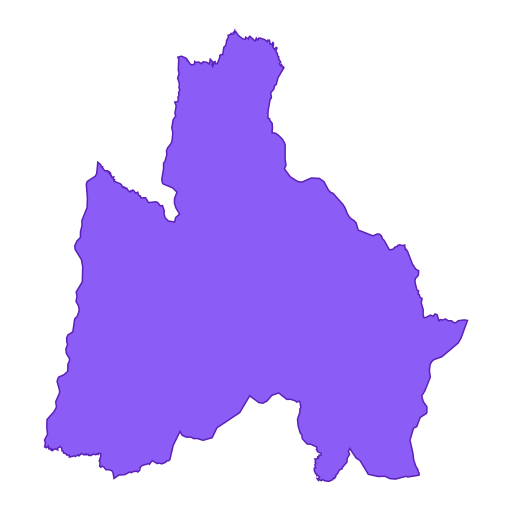 outline of Mansa, Luapula, Zambia
{"feature_id": "96606910B48291631033153", "entity_name": "Mansa", "entity_type": "district", "adm_level": 2, "iso_a3": "ZMB", "parent_name": "Zambia", "parent_adm1": "Luapula", "projection": "equal_earth", "projection_center": [28.97, -11.124], "detail": "fine", "context": "isolated", "style": "filled", "palette": "violet", "viewbox_px": 512, "rotation_deg": 0, "n_neighbors": 0, "source": "geoboundaries", "source_scale": "gbopen_adm2", "svg_char_len": 5936}
<svg xmlns="http://www.w3.org/2000/svg" viewBox="0 0 512 512"><path d="M203.1,440.3L212.2,437.7L216.9,427.8L239.7,412.6L249.7,395.8L258.9,402.6L262.9,403.2L267.0,401.0L271.8,395.4L278.7,392.9L286.8,399.4L290.7,399.3L295.4,400.9L296.7,402.1L299.2,401.2L300.1,402.5L300.8,407.5L299.8,409.3L299.9,412.1L297.5,419.3L298.1,425.7L300.2,433.0L301.9,435.0L302.2,438.6L307.3,444.1L310.6,444.2L316.7,447.0L317.0,448.9L316.4,449.7L317.2,450.1L317.4,451.6L321.3,453.4L321.0,455.4L319.1,455.1L319.1,456.1L317.9,456.7L318.3,457.7L317.6,457.5L317.6,458.6L314.8,459.1L315.5,460.0L315.2,462.6L315.9,463.2L314.8,464.9L315.7,467.5L314.2,468.2L314.4,471.0L315.9,474.0L316.6,474.0L316.9,475.7L317.7,475.3L319.5,476.9L318.7,478.5L317.0,478.5L318.5,480.5L319.3,479.5L321.3,480.7L322.7,479.6L325.0,480.9L329.1,481.3L332.8,479.6L333.3,478.1L334.5,478.5L335.9,476.3L335.7,475.3L337.4,473.7L339.3,470.1L341.9,468.9L342.7,467.0L346.9,462.2L347.2,458.2L349.6,454.2L348.4,451.5L349.8,448.5L356.1,458.0L360.0,460.5L368.3,474.3L378.3,476.5L385.0,476.3L389.9,478.6L395.4,479.1L406.1,476.3L407.8,477.0L419.0,475.2L419.2,473.2L418.2,472.0L417.9,469.7L415.8,466.2L413.7,459.9L413.0,453.8L410.0,440.1L413.5,428.2L416.7,426.7L420.2,417.4L426.3,413.5L426.9,412.2L426.9,406.8L423.2,401.5L421.7,395.8L424.8,391.0L430.3,377.1L429.4,370.4L430.1,364.7L431.6,361.7L434.0,359.6L441.8,356.8L458.2,343.0L461.1,337.9L467.5,320.4L464.1,319.9L458.2,320.7L456.3,322.4L454.2,322.9L451.6,320.8L448.2,320.7L445.4,318.9L443.1,320.0L440.2,319.6L438.9,320.9L437.1,314.7L435.0,313.9L433.1,316.3L430.5,315.1L425.4,317.7L423.9,317.6L423.1,314.6L423.2,309.7L421.2,302.8L422.1,298.5L420.0,297.3L419.3,294.7L418.2,294.0L418.6,290.9L416.9,290.0L414.9,281.8L415.3,278.7L418.3,275.3L418.7,270.8L415.6,269.0L412.3,263.8L407.4,251.0L406.5,250.4L406.4,249.4L405.2,249.3L404.7,245.0L403.1,245.6L399.4,244.8L397.6,245.5L397.2,246.5L394.7,247.2L393.5,249.0L390.0,249.9L389.1,249.3L384.1,240.3L382.6,239.0L381.4,235.8L379.5,234.2L377.6,233.9L372.9,235.8L358.1,230.0L356.2,223.0L354.0,220.6L350.2,218.1L347.3,213.7L345.2,208.1L342.9,204.4L332.9,193.2L330.9,192.6L328.4,190.0L324.0,181.7L319.4,178.4L311.2,178.0L302.0,182.1L297.7,181.5L290.4,176.9L284.4,168.9L286.0,165.2L285.1,159.2L285.2,145.3L284.7,143.3L282.5,139.3L278.3,135.2L275.7,133.3L272.0,132.7L272.5,127.8L272.1,123.2L269.9,120.4L269.6,118.8L268.2,118.4L267.9,115.9L268.1,110.7L270.1,99.4L271.2,98.3L271.4,97.0L270.7,92.8L273.8,89.1L274.6,85.8L276.2,84.5L278.0,77.7L283.8,67.9L283.6,67.0L282.9,67.5L281.5,64.6L280.7,65.7L279.4,63.8L280.7,62.1L278.5,58.5L278.9,57.1L277.5,55.6L277.4,53.2L276.1,52.3L276.0,50.7L277.0,48.0L276.1,47.4L274.4,49.4L272.3,46.0L273.0,44.4L273.4,44.9L273.5,43.1L272.9,42.5L272.0,44.0L270.1,44.0L269.5,40.2L267.8,40.1L267.2,41.7L264.9,39.7L260.2,38.1L258.8,38.1L257.8,40.0L256.3,38.1L255.4,40.7L254.7,40.7L249.9,36.2L248.9,37.2L248.5,39.0L245.6,37.2L245.2,39.3L242.8,38.9L238.2,35.3L235.8,31.6L234.8,31.9L234.7,30.7L234.0,32.0L234.4,32.5L233.3,32.6L233.8,33.8L231.6,34.2L230.9,32.9L230.9,34.4L228.0,35.3L228.5,37.1L226.5,40.6L226.3,43.5L225.3,45.9L223.8,47.3L222.7,54.7L220.7,54.6L219.8,55.5L219.6,58.0L217.2,63.6L215.8,63.9L215.0,61.5L214.3,61.8L212.7,66.4L211.9,65.1L212.7,63.8L212.6,61.7L210.3,59.2L209.3,64.0L206.9,62.3L203.1,61.8L201.3,63.7L198.8,62.0L195.8,62.4L194.7,61.5L194.3,64.2L192.0,64.9L190.2,64.1L188.2,60.9L187.2,60.8L187.2,59.4L185.8,58.0L181.4,56.2L177.8,57.2L178.7,59.4L178.3,70.4L179.1,73.6L177.6,78.2L178.9,81.8L179.4,84.8L178.9,87.9L179.8,89.5L178.6,92.8L178.9,95.6L177.9,97.3L178.3,99.6L177.7,101.7L174.8,102.0L176.2,106.0L174.9,113.2L175.7,116.1L173.2,119.6L171.8,127.7L172.8,132.9L172.1,140.3L171.1,143.4L167.8,147.6L166.5,150.7L166.8,154.9L164.8,161.8L163.5,163.1L163.6,168.1L161.8,179.4L162.3,182.6L163.3,184.0L172.5,187.8L177.0,192.1L174.5,198.6L174.4,203.1L175.9,207.9L179.6,214.1L175.7,217.5L174.6,222.0L168.4,221.0L165.2,217.9L164.0,213.9L164.3,211.1L162.5,205.6L160.3,205.8L157.6,202.4L155.8,201.8L148.5,202.6L145.6,197.7L140.9,197.9L140.4,196.0L138.6,195.1L137.7,192.2L135.7,193.3L133.6,190.4L132.4,190.1L131.6,191.1L130.7,190.8L130.0,192.0L128.3,190.8L126.7,188.2L125.7,188.5L124.8,187.3L124.0,187.8L123.7,186.9L122.2,186.9L121.8,185.2L120.2,183.7L114.0,181.2L114.6,179.7L113.3,179.3L113.7,176.9L111.7,177.3L111.4,175.5L110.3,175.0L110.7,173.9L109.6,173.7L110.2,172.6L109.0,171.6L108.1,172.2L107.6,170.7L104.7,170.8L102.5,167.8L102.6,166.7L101.3,166.6L100.8,164.8L97.8,162.2L96.7,173.6L95.2,176.3L87.3,181.4L86.3,184.1L87.4,198.3L87.1,207.5L81.9,220.4L82.0,225.6L80.5,231.6L80.4,237.5L77.0,240.9L74.7,246.0L75.2,249.5L81.4,259.6L82.7,266.7L82.3,281.8L76.2,292.0L77.0,296.3L76.0,301.3L78.6,306.2L79.2,310.4L77.2,316.6L75.2,318.1L74.6,319.5L72.8,331.9L67.9,334.9L66.7,337.8L66.7,341.6L67.6,344.4L65.9,348.8L66.3,353.3L69.6,358.9L69.2,361.7L67.9,363.9L67.7,371.4L63.8,374.8L58.6,377.1L57.6,379.4L57.1,381.6L59.4,389.7L59.6,392.8L55.7,401.7L56.4,406.7L56.0,408.1L53.8,411.9L47.0,419.5L46.8,427.5L47.5,434.3L44.5,440.0L45.4,443.0L44.6,446.9L46.5,447.8L48.2,446.0L48.9,448.9L50.2,448.3L50.6,449.7L52.0,450.6L52.1,449.2L53.0,450.1L54.8,448.9L57.8,449.9L57.4,448.4L60.3,446.5L61.5,447.8L62.1,451.0L63.0,451.2L63.7,453.1L65.7,453.6L66.9,455.1L69.0,455.1L69.3,457.1L74.4,455.9L75.3,456.5L78.3,454.8L79.0,455.9L81.4,453.5L83.5,454.7L85.9,454.8L86.1,453.8L87.3,454.7L88.4,454.4L88.7,455.4L91.1,455.5L92.9,454.2L95.9,454.7L96.8,453.8L98.1,454.5L98.8,453.2L100.7,453.7L100.7,456.6L99.2,461.0L100.1,462.4L99.6,466.2L100.9,467.3L101.8,466.2L103.5,466.7L106.0,469.8L108.6,469.6L111.9,470.8L113.0,472.6L114.0,478.5L118.8,475.1L124.9,474.6L130.0,471.9L131.5,472.7L132.8,471.7L136.4,471.2L137.9,472.0L139.7,470.2L140.2,467.4L142.1,465.5L148.8,463.6L149.4,464.3L152.2,460.6L157.2,463.6L159.3,463.0L161.6,463.9L165.3,462.5L167.1,460.8L168.9,460.6L169.9,459.4L173.2,445.3L180.0,431.5L182.2,435.3L186.1,437.1L190.8,437.1L193.6,438.6L197.2,438.5L203.1,440.3Z" fill="#8b5cf6" stroke="#5b21b6" stroke-width="1.5"/></svg>